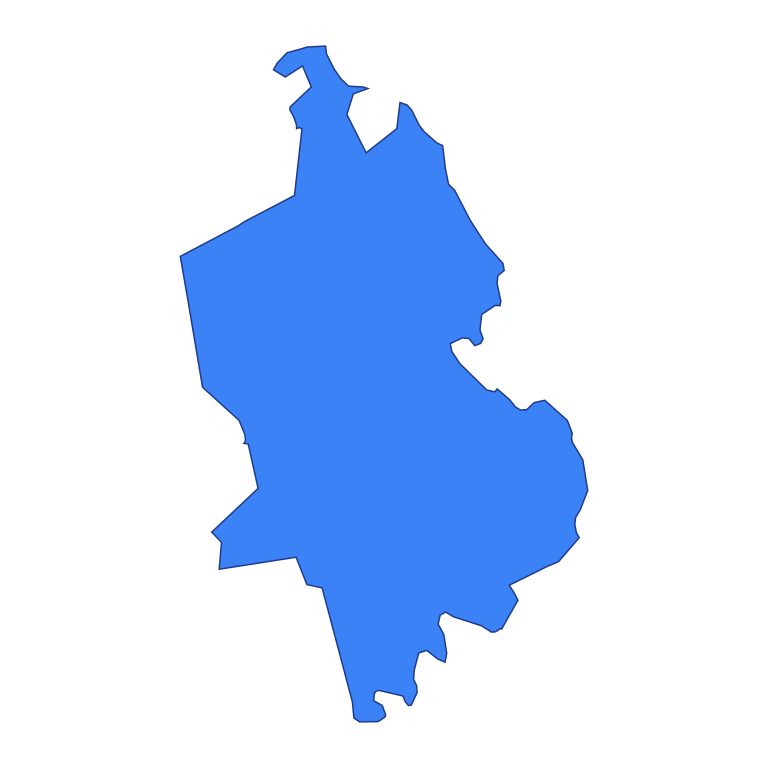 the district of Plymouth, Massachusetts, United States of America
{"feature_id": "52423323B91573323978432", "entity_name": "Plymouth", "entity_type": "district", "adm_level": 2, "iso_a3": "USA", "parent_name": "United States of America", "parent_adm1": "Massachusetts", "projection": "albers", "projection_center": [-70.786, 41.967], "detail": "fine", "context": "isolated", "style": "filled", "palette": "blue", "viewbox_px": 768, "rotation_deg": 0, "n_neighbors": 0, "source": "geoboundaries", "source_scale": "gbopen_adm2", "svg_char_len": 1988}
<svg xmlns="http://www.w3.org/2000/svg" viewBox="0 0 768 768"><path d="M180.3,256.4L187.0,295.0L188.2,301.7L198.9,365.6L199.3,367.9L202.6,387.3L239.1,420.4L241.5,426.2L244.8,434.3L245.5,439.8L245.3,440.7L244.8,442.3L243.9,443.3L248.2,444.0L258.1,488.4L211.7,532.1L221.5,542.3L219.2,569.2L296.1,557.2L306.9,584.6L322.1,587.9L337.9,647.2L342.9,666.0L352.4,702.0L353.9,718.0L359.7,721.9L378.2,721.6L385.0,717.0L385.6,714.8L382.3,705.5L373.7,700.7L374.2,694.0L376.0,691.2L379.1,690.4L403.0,696.0L403.6,697.6L405.2,701.7L408.4,705.5L411.3,705.1L417.1,692.6L416.6,685.7L413.6,679.3L414.2,670.5L414.2,670.3L418.7,653.0L426.8,650.4L437.9,659.1L445.1,662.2L446.7,653.3L443.8,634.6L438.2,624.2L438.7,621.7L440.1,615.1L445.7,612.1L453.5,616.8L481.3,625.7L491.5,632.1L495.6,631.8L500.3,628.6L501.6,629.1L517.9,600.3L514.1,592.8L509.2,585.2L546.9,566.6L558.6,561.6L579.2,537.7L576.4,532.8L574.8,524.3L575.6,517.5L580.4,509.5L587.7,490.4L582.8,459.9L572.5,442.6L571.5,437.9L572.2,433.1L567.3,420.4L544.8,400.3L534.1,402.6L526.8,409.6L520.6,410.1L515.5,407.0L509.8,399.9L497.2,388.9L494.8,391.8L486.8,390.0L478.6,382.0L460.0,363.8L451.9,351.6L451.1,348.0L450.3,343.6L462.3,337.9L468.9,338.5L474.8,345.6L480.6,343.4L483.1,338.9L480.0,330.0L480.3,327.1L481.7,314.4L495.2,305.4L500.0,305.7L500.8,300.9L497.1,283.5L497.5,279.0L497.8,275.7L504.2,270.5L503.0,263.5L485.6,244.1L474.1,226.4L469.9,219.7L454.5,190.0L448.6,184.4L445.4,168.6L442.7,145.7L436.7,142.8L425.9,133.3L424.5,132.1L419.2,125.3L411.7,110.1L407.1,105.0L400.0,102.5L396.8,128.7L393.8,131.0L366.1,152.8L346.9,114.5L353.3,93.9L367.9,88.5L363.2,87.0L348.6,86.2L340.7,78.6L334.1,69.0L326.6,54.2L325.5,46.1L307.3,47.0L300.1,49.2L287.1,52.7L277.3,63.0L273.5,69.8L285.3,77.0L302.5,65.9L311.3,86.9L290.1,107.0L289.9,109.8L293.9,117.2L296.4,124.6L296.6,128.6L299.0,127.6L302.0,128.8L294.5,195.4L276.8,204.7L253.1,217.1L244.4,221.7L237.9,226.0L223.3,233.6L220.7,235.1L194.4,248.9L180.3,256.4Z" fill="#3b82f6" stroke="#1e3a8a" stroke-width="1.5"/></svg>